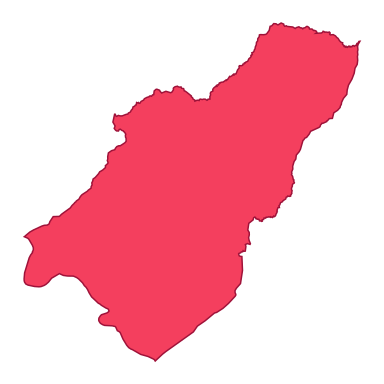 the district of Guamal, Magdalena, Colombia
{"feature_id": "7082276B25614510642734", "entity_name": "Guamal", "entity_type": "district", "adm_level": 2, "iso_a3": "COL", "parent_name": "Colombia", "parent_adm1": "Magdalena", "projection": "orthographic", "projection_center": [-74.102, 9.246], "detail": "fine", "context": "isolated", "style": "filled", "palette": "rose", "viewbox_px": 384, "rotation_deg": 0, "n_neighbors": 0, "source": "geoboundaries", "source_scale": "gbopen_adm2", "svg_char_len": 5863}
<svg xmlns="http://www.w3.org/2000/svg" viewBox="0 0 384 384"><path d="M155.2,361.0L162.6,354.1L165.9,351.5L193.4,331.9L197.4,326.1L205.1,320.8L214.5,313.0L216.7,312.4L222.9,308.4L228.5,303.4L235.1,296.3L235.8,295.1L235.8,294.2L235.1,292.8L235.0,290.6L236.5,288.1L240.5,283.6L242.5,270.4L241.9,256.5L240.3,256.3L239.2,255.8L238.6,253.9L238.9,253.4L240.7,252.8L241.3,251.9L242.6,251.8L243.1,250.7L243.8,251.3L245.3,251.1L245.9,246.4L245.4,244.5L247.4,243.6L250.0,244.4L250.4,243.7L249.1,240.3L248.6,237.7L249.3,234.8L249.2,232.4L247.8,230.0L248.8,223.3L253.1,219.9L253.6,217.8L254.7,217.1L255.5,217.4L255.9,218.7L256.7,218.7L257.1,219.2L258.9,219.3L259.5,220.9L261.1,221.0L261.6,221.4L262.0,221.3L261.7,220.9L262.2,220.5L262.0,220.1L262.4,219.7L263.6,219.5L264.0,218.1L265.7,218.1L266.0,217.3L268.2,217.1L268.9,216.7L270.3,217.3L270.6,216.7L272.3,217.5L272.6,216.9L273.4,216.9L273.7,216.1L274.6,216.6L275.6,215.6L275.9,214.4L277.0,212.4L276.9,211.5L277.3,211.1L277.0,210.3L278.0,207.6L279.4,207.5L279.0,205.6L279.8,204.9L280.5,202.7L282.5,201.7L283.0,200.7L285.7,199.0L286.2,197.2L287.3,196.8L287.6,196.1L289.8,196.4L290.6,196.1L290.5,195.2L290.9,195.0L291.9,193.2L291.7,192.6L292.1,190.6L291.6,189.9L291.5,188.2L292.4,186.0L292.3,185.1L292.7,184.1L294.3,183.0L294.4,182.7L293.8,181.5L293.9,179.9L293.3,179.6L292.6,176.3L291.5,174.7L291.9,173.5L291.6,172.0L292.8,169.1L292.7,166.2L294.1,161.5L295.8,159.1L296.3,155.1L299.1,151.8L300.4,149.4L303.0,140.4L303.8,139.8L304.9,138.1L306.6,137.4L309.2,134.1L310.6,131.3L318.9,127.5L320.0,126.7L320.6,124.8L321.6,123.9L321.8,123.3L323.2,123.2L326.7,121.6L326.8,121.0L327.6,120.6L329.3,118.6L332.4,118.4L333.8,112.8L337.6,110.3L340.1,107.5L340.3,106.2L341.3,104.4L341.6,102.3L343.5,98.3L346.8,94.4L347.2,90.0L348.5,85.1L351.9,79.2L354.2,73.2L355.0,68.3L357.2,64.4L357.7,60.2L357.4,56.5L357.8,54.7L357.5,51.7L357.9,49.9L357.6,46.4L358.1,44.4L359.9,41.3L359.0,41.4L357.7,43.4L356.9,43.5L356.3,45.5L355.3,45.4L354.3,46.3L353.2,45.5L352.6,45.7L351.8,46.8L350.9,46.4L350.4,46.9L349.8,46.4L349.4,46.7L348.9,46.1L347.5,47.3L347.0,46.8L346.0,47.3L345.1,46.9L345.4,46.4L344.2,46.6L344.0,46.3L344.3,45.8L342.5,44.3L342.7,42.8L340.8,42.1L339.5,40.7L338.0,38.3L336.8,37.5L335.5,35.9L333.2,34.6L330.5,34.9L329.8,34.5L329.6,34.0L330.1,33.4L330.0,32.6L329.3,32.0L328.0,32.4L325.8,32.0L324.9,32.3L323.9,31.5L323.1,31.3L322.6,32.3L321.4,33.0L315.9,33.3L317.0,32.5L316.2,31.1L314.6,30.4L313.6,30.5L312.0,29.0L309.5,29.0L309.1,27.6L307.6,26.5L306.5,26.5L305.1,27.7L303.3,28.1L302.8,28.8L301.6,27.9L300.3,27.8L298.9,26.8L296.3,27.6L295.2,28.5L292.8,27.0L287.1,26.4L286.3,25.8L284.8,26.3L284.0,25.5L283.7,24.1L281.1,23.0L278.2,24.8L277.5,24.8L276.1,23.8L273.7,23.6L271.8,25.8L270.1,26.3L269.2,30.4L266.7,33.8L265.7,34.4L263.6,34.7L260.2,34.6L259.4,34.9L259.2,36.7L257.8,38.6L257.6,41.0L256.5,42.3L256.2,45.0L255.3,46.9L255.1,48.7L254.3,50.0L253.9,51.5L253.4,52.1L251.8,52.8L252.3,54.3L251.8,54.6L251.7,55.2L250.9,55.4L251.1,56.5L250.3,57.6L248.9,58.7L247.7,61.3L245.6,62.2L245.1,63.0L244.4,62.9L244.0,63.9L243.0,64.1L242.6,65.3L241.3,65.7L239.4,65.7L239.0,66.5L239.2,67.9L237.6,69.9L236.0,73.9L233.7,74.1L233.8,75.1L232.7,74.9L231.8,75.9L230.6,76.5L230.1,76.7L229.6,76.4L227.8,79.2L226.7,80.1L226.3,79.9L226.1,80.5L225.6,80.3L223.2,82.0L220.9,82.3L220.4,82.9L219.4,82.9L218.5,84.9L217.4,84.9L216.4,85.5L216.9,86.4L215.4,86.6L213.7,88.0L212.8,89.3L212.8,91.1L211.0,92.0L210.5,92.7L210.3,93.7L210.6,94.9L209.9,96.5L209.9,99.1L208.0,99.2L207.5,100.1L206.9,100.3L205.4,99.2L203.8,99.1L202.2,99.5L200.3,99.1L199.4,99.5L199.2,100.5L197.2,100.2L194.9,101.1L194.8,100.1L193.1,99.1L192.6,97.8L191.2,96.6L191.3,95.9L186.7,92.2L185.0,91.0L184.3,90.9L183.6,88.6L181.6,88.3L181.0,86.9L179.9,87.2L178.0,86.7L177.5,86.2L175.1,86.7L173.6,87.8L173.3,88.4L173.4,89.8L172.9,90.6L171.7,92.3L170.6,92.7L165.9,91.3L161.7,93.0L160.3,91.6L159.5,90.2L156.9,89.2L156.1,89.3L154.2,90.9L153.7,94.7L152.5,94.9L151.6,96.2L150.6,95.9L149.5,96.1L149.0,96.8L147.1,97.3L144.4,98.7L143.6,100.1L141.1,101.4L139.8,103.3L138.9,103.3L138.5,102.5L137.6,102.9L136.6,102.5L136.2,104.9L135.4,105.1L134.4,106.4L133.2,106.7L132.3,109.2L131.2,110.3L130.5,111.8L129.9,112.3L128.4,113.0L127.8,114.1L126.3,114.3L122.1,115.9L120.1,115.9L118.3,115.4L116.7,116.4L116.0,116.1L115.2,114.2L114.6,114.2L112.9,122.1L115.1,126.0L114.2,128.4L115.5,130.1L116.5,130.9L118.5,131.0L119.2,129.5L120.3,129.2L122.0,130.5L123.3,130.9L123.8,131.7L124.4,132.0L125.8,134.2L125.4,135.1L125.5,137.1L126.1,138.3L126.1,141.4L124.7,142.9L120.4,145.7L118.6,145.8L116.8,146.6L115.4,148.3L114.8,149.7L111.5,150.7L108.4,152.9L107.7,156.7L107.8,158.9L107.3,160.6L108.0,162.3L107.8,163.5L105.4,165.6L105.5,167.2L105.3,167.7L102.6,170.1L99.7,171.8L98.5,173.8L95.2,177.5L93.1,179.0L92.7,181.1L91.8,182.9L92.1,184.8L91.2,186.5L91.0,188.2L88.2,190.2L87.5,191.1L82.0,194.7L80.4,196.5L78.9,199.2L76.3,201.0L75.8,201.9L74.8,202.5L74.2,203.4L72.0,205.5L70.3,207.9L61.6,214.2L59.4,216.4L53.2,216.6L49.9,221.6L49.1,223.9L47.3,225.1L44.2,225.3L41.8,226.1L33.8,229.8L29.9,232.0L24.3,236.7L27.7,238.2L28.8,239.2L32.4,245.3L33.3,247.7L33.3,250.0L32.3,252.1L32.5,252.6L30.7,254.9L29.2,257.8L24.6,272.9L24.1,278.8L24.2,280.9L24.6,282.2L25.8,284.0L28.0,285.1L34.6,286.5L39.0,286.8L41.0,286.6L44.2,285.4L46.0,284.3L48.5,282.1L51.6,278.2L59.4,273.6L63.3,275.4L67.4,276.0L73.4,276.1L76.6,277.5L78.6,278.9L80.9,281.2L82.6,282.9L84.3,285.6L86.1,287.3L87.6,289.6L89.1,292.8L91.6,296.9L98.4,303.3L99.6,303.8L101.4,305.3L106.2,308.2L107.7,308.7L108.4,309.4L108.9,310.7L108.9,311.3L108.4,311.9L106.8,313.0L101.5,314.7L100.4,315.8L98.9,318.1L98.7,320.1L99.1,321.4L100.4,323.3L102.7,324.7L104.6,325.4L112.2,325.8L115.1,326.5L115.8,327.2L117.3,330.7L119.4,331.8L120.2,332.6L123.0,339.1L126.7,345.2L128.7,347.6L131.3,349.3L132.0,349.4L140.7,354.4L148.1,356.5L153.4,359.0L154.4,359.7L155.2,361.0Z" fill="#f43f5e" stroke="#9f1239" stroke-width="1.5"/></svg>